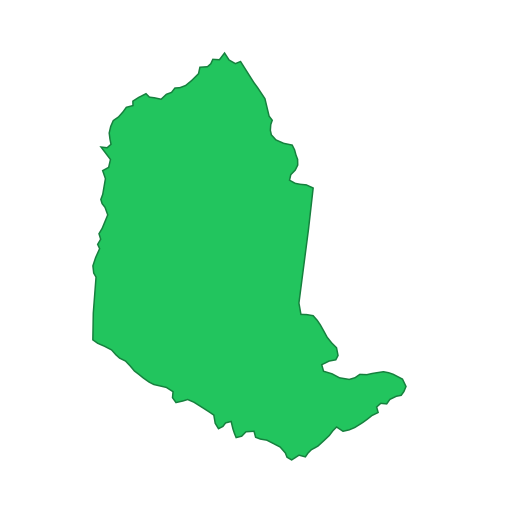 outline of Passa Sete, Rio Grande do Sul, Brazil, rotated 103°
{"feature_id": "56859067B88123902402315", "entity_name": "Passa Sete", "entity_type": "district", "adm_level": 2, "iso_a3": "BRA", "parent_name": "Brazil", "parent_adm1": "Rio Grande do Sul", "projection": "robinson", "projection_center": [-52.86, -29.419], "detail": "fine", "context": "isolated", "style": "filled", "palette": "green", "viewbox_px": 512, "rotation_deg": 103, "n_neighbors": 0, "source": "geoboundaries", "source_scale": "gbopen_adm2", "svg_char_len": 2201}
<svg xmlns="http://www.w3.org/2000/svg" viewBox="0 0 512 512"><g transform="rotate(103 256 256)"><path d="M378.0,383.4L380.0,375.6L383.9,370.1L386.2,365.9L387.7,359.5L391.4,353.9L395.4,348.6L397.7,343.5L400.2,338.4L402.9,331.8L404.2,326.7L404.2,320.9L404.2,313.8L406.9,306.3L412.8,305.5L416.8,301.0L413.7,294.6L411.2,290.3L412.4,283.7L414.8,276.8L418.2,267.2L420.5,261.3L428.2,258.1L432.7,253.7L429.5,249.9L425.5,248.1L422.8,243.0L429.8,239.5L433.7,237.1L437.4,234.5L434.8,229.4L429.5,226.2L427.2,218.5L432.7,215.6L433.4,210.6L433.0,204.1L434.3,198.9L436.7,189.5L441.3,183.1L445.1,180.5L446.7,175.4L440.4,169.3L440.6,162.7L436.3,161.0L432.3,158.5L427.3,152.9L420.6,148.3L414.4,144.2L408.8,141.7L404.5,139.0L407.2,131.8L404.5,126.2L400.9,121.2L394.3,114.6L390.3,111.1L385.4,107.2L381.0,101.8L376.0,104.5L371.5,101.3L370.7,95.4L365.6,93.3L361.1,87.7L359.1,83.2L354.8,81.4L349.4,80.5L343.0,85.6L341.7,90.7L340.4,95.7L339.9,100.5L340.1,105.8L342.4,111.6L344.4,116.5L346.7,121.3L348.0,128.2L352.3,132.1L355.3,137.4L355.9,147.3L353.7,155.4L353.1,164.3L347.1,167.5L341.9,161.1L339.2,154.9L334.5,153.7L327.3,156.9L323.7,162.7L319.1,168.5L314.1,172.9L308.7,177.8L304.9,181.9L301.3,186.9L301.7,193.5L302.8,199.1L292.2,203.6L217.9,210.9L176.9,215.6L175.4,223.0L176.2,229.1L176.4,234.2L174.6,240.4L168.9,240.4L163.5,237.1L158.0,235.8L152.5,237.2L148.6,239.8L143.9,242.3L139.8,245.7L140.0,254.4L138.4,262.7L134.5,268.3L130.3,270.3L124.6,271.2L120.1,270.7L116.8,274.7L100.7,282.7L91.7,292.2L87.4,297.2L70.0,314.8L73.2,319.4L71.1,326.3L65.3,332.3L73.0,335.8L74.1,342.3L78.9,343.3L82.5,345.9L84.7,353.1L91.3,353.0L99.4,358.1L105.7,362.9L109.1,368.0L110.6,372.8L115.6,375.1L118.6,379.7L124.6,383.7L124.7,390.6L125.2,395.6L122.6,399.7L127.9,406.0L132.8,410.8L137.1,409.7L140.3,415.8L145.5,418.0L151.4,421.2L156.1,425.5L162.4,426.7L169.2,426.7L174.9,424.6L179.8,422.4L184.0,425.4L184.7,431.5L194.7,419.5L202.8,419.5L207.3,424.6L214.5,420.1L230.4,419.2L235.8,419.9L239.6,417.7L242.6,414.0L249.3,409.7L263.7,412.1L269.6,414.0L274.6,411.1L280.3,412.9L284.0,410.0L293.6,411.9L302.3,412.7L309.1,410.3L312.6,407.1L348.2,401.7L374.4,396.1L376.7,390.5L378.0,383.4Z" fill="#22c55e" stroke="#15803d" stroke-width="1.5"/></g></svg>